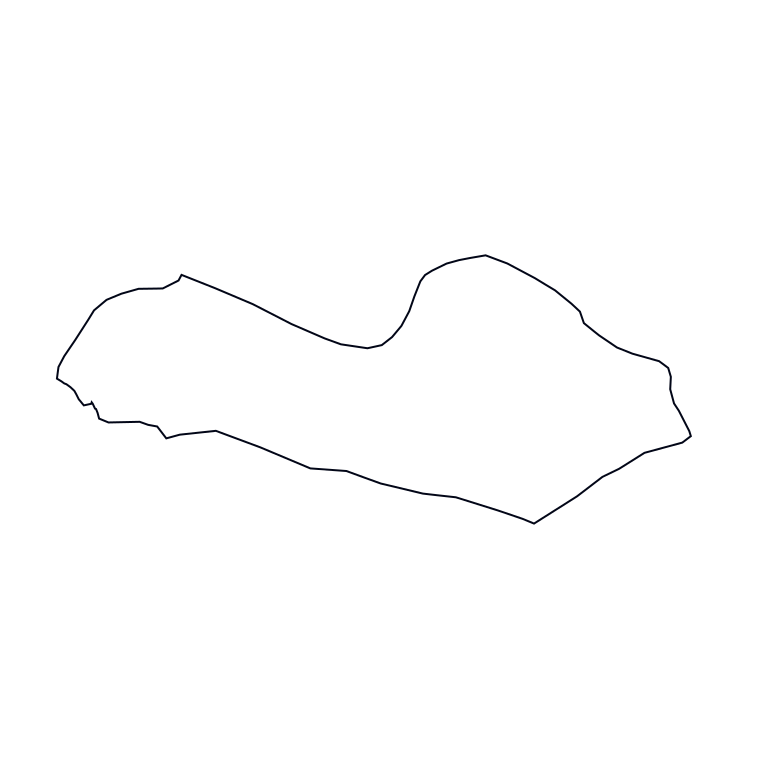 Ekiti, Kwara, Nigeria (Albers equal-area conic projection), rotated 208°
{"feature_id": "59680162B94527775336179", "entity_name": "Ekiti", "entity_type": "district", "adm_level": 2, "iso_a3": "NGA", "parent_name": "Nigeria", "parent_adm1": "Kwara", "projection": "albers", "projection_center": [5.38, 8.111], "detail": "fine", "context": "isolated", "style": "outline", "palette": "ink", "viewbox_px": 768, "rotation_deg": 208, "n_neighbors": 0, "source": "geoboundaries", "source_scale": "gbopen_adm2", "svg_char_len": 1351}
<svg xmlns="http://www.w3.org/2000/svg" viewBox="0 0 768 768"><g transform="rotate(208 384 384)"><path d="M406.9,415.0L415.4,407.8L440.7,398.8L457.8,396.4L493.8,393.5L537.4,392.9L578.1,389.3L614.0,385.3L614.0,378.9L624.2,364.5L629.2,361.7L645.4,352.8L658.3,340.4L667.3,329.5L668.5,328.0L674.6,312.9L675.3,301.9L677.3,277.8L679.4,258.5L679.4,246.2L677.7,241.6L675.3,235.2L670.0,234.9L666.6,234.4L664.3,234.7L659.4,234.0L654.2,232.6L650.8,230.4L646.3,227.2L644.0,226.3L641.2,225.1L639.0,224.2L633.2,229.1L633.5,230.6L632.0,229.9L627.6,226.6L626.5,226.7L623.4,224.1L619.3,219.7L609.2,220.7L582.0,235.9L573.1,237.2L564.3,240.0L550.7,233.8L540.5,243.4L510.5,263.7L463.4,270.0L409.4,274.9L376.4,289.5L357.0,292.2L340.2,294.6L298.2,305.5L284.7,310.8L267.4,317.7L224.2,325.8L198.3,330.0L186.0,331.2L160.8,375.5L147.5,404.6L136.6,419.5L121.7,445.5L93.1,472.3L88.6,482.0L92.3,485.7L111.1,498.8L118.8,503.0L121.7,506.1L128.8,513.7L134.1,525.0L140.6,531.6L151.8,533.3L178.9,527.4L195.4,525.6L216.8,527.9L222.8,529.0L236.1,531.6L245.0,539.9L256.2,542.9L277.0,547.0L288.6,547.6L300.4,548.3L302.4,548.3L323.6,548.3L331.7,548.3L354.7,545.3L367.0,535.8L375.9,528.6L385.3,519.7L394.8,506.6L396.7,503.3L398.9,499.5L400.1,491.7L398.3,475.6L395.9,460.2L395.9,443.5L398.2,432.5L398.9,429.2L404.2,417.3L406.9,415.0Z" fill="none" stroke="#020617" stroke-width="2"/></g></svg>